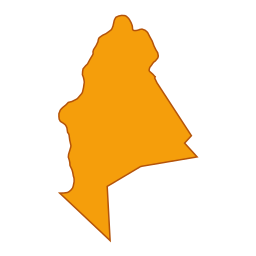 outline of Mason, West Virginia, United States of America
{"feature_id": "52423323B68405193247376", "entity_name": "Mason", "entity_type": "district", "adm_level": 2, "iso_a3": "USA", "parent_name": "United States of America", "parent_adm1": "West Virginia", "projection": "equal_earth", "projection_center": [-82.067, 38.752], "detail": "fine", "context": "isolated", "style": "filled", "palette": "amber", "viewbox_px": 256, "rotation_deg": 0, "n_neighbors": 0, "source": "geoboundaries", "source_scale": "gbopen_adm2", "svg_char_len": 1489}
<svg xmlns="http://www.w3.org/2000/svg" viewBox="0 0 256 256"><path d="M96.7,44.4L96.2,45.5L93.6,49.6L93.0,51.7L93.1,53.7L92.7,54.8L89.9,59.5L87.5,64.0L85.6,65.8L83.1,68.8L82.6,71.4L82.4,74.7L83.4,77.3L83.7,78.7L84.0,80.0L84.3,82.2L83.5,87.7L82.5,92.1L81.7,93.6L77.4,98.6L76.1,99.4L71.9,101.5L68.3,102.4L65.8,105.0L62.7,107.5L61.1,109.1L60.2,110.3L58.9,113.7L58.9,116.7L59.2,119.2L60.4,121.4L63.3,123.2L65.1,124.6L65.9,125.7L66.9,127.8L67.6,132.4L68.7,133.9L69.1,135.3L69.7,140.0L70.3,142.7L70.9,145.5L70.8,146.9L70.1,149.4L68.6,154.2L68.3,157.1L69.3,160.2L69.8,162.6L70.0,165.5L72.0,169.8L72.7,172.3L73.4,176.2L73.9,177.6L74.1,179.1L74.1,181.8L73.2,186.2L72.5,188.1L71.1,189.9L69.0,191.7L67.4,192.5L63.9,193.0L59.7,193.1L110.1,240.6L107.2,186.4L140.3,166.7L142.1,166.2L197.1,156.9L184.6,143.1L191.4,135.7L179.1,116.8L157.0,82.9L154.7,78.1L155.2,76.7L154.7,76.4L153.0,74.4L149.6,71.4L149.2,70.7L149.1,69.9L149.7,67.5L152.0,64.5L152.4,63.7L154.2,61.7L155.3,61.0L157.6,58.2L157.9,57.7L158.3,56.0L157.7,52.8L155.8,49.7L154.0,46.0L152.2,41.1L149.7,36.6L147.6,32.5L146.5,31.4L145.0,30.2L142.0,29.1L139.6,29.5L139.1,29.8L137.0,30.4L135.1,30.6L134.0,30.5L133.4,30.3L132.9,29.8L132.6,29.3L132.4,26.7L132.1,25.3L131.1,22.7L129.7,20.1L128.6,18.4L126.4,16.3L124.9,15.6L121.7,15.4L118.7,16.0L116.0,17.2L115.2,18.4L114.3,20.3L113.0,26.0L112.0,28.6L111.2,29.8L109.0,31.5L105.9,33.7L102.7,35.2L99.7,37.3L98.9,38.1L98.4,39.3L97.9,41.9L96.7,44.4Z" fill="#f59e0b" stroke="#b45309" stroke-width="1.5"/></svg>